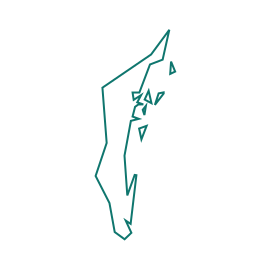 SVG path tracing the border of Tanintharyi, rotated 199°
{"feature_id": "MMR-3279", "entity_name": "Tanintharyi", "entity_type": "Division", "adm_level": 1, "iso_a3": "MMR", "parent_name": "Myanmar", "parent_adm1": "", "projection": "orthographic", "projection_center": [98.437, 12.445], "detail": "coarse", "context": "isolated", "style": "outline", "palette": "teal", "viewbox_px": 256, "rotation_deg": 199, "n_neighbors": 0, "source": "natural_earth", "source_scale": "10m", "svg_char_len": 757}
<svg xmlns="http://www.w3.org/2000/svg" viewBox="0 0 256 256"><g transform="rotate(199 128 128)"><path d="M106.7,25.3L121.1,51.0L143.0,72.1L143.3,106.9L165.3,157.8L130.1,205.0L120.9,234.3L117.5,203.9L127.9,195.2L128.8,165.2L135.2,163.0L131.8,156.5L126.3,163.4L127.6,155.3L121.2,155.3L125.9,153.6L128.2,150.3L127.4,140.3L120.7,140.2L127.6,135.7L122.3,100.7L106.7,64.0L106.4,85.8L104.7,86.1L94.3,38.2L100.0,39.7L90.7,30.0L95.0,21.7L106.7,25.3ZM111.6,121.6L117.3,131.1L111.1,136.1L111.6,121.6ZM113.9,159.1L121.5,160.3L120.6,169.9L113.9,159.1ZM110.1,158.6L110.3,170.7L105.9,173.3L105.5,172.2L110.1,158.6ZM120.0,150.0L118.3,154.8L116.7,145.6L120.0,150.0ZM105.7,192.9L108.9,204.8L101.8,196.7L105.7,192.9Z" fill="none" stroke="#0f766e" stroke-width="2"/></g></svg>